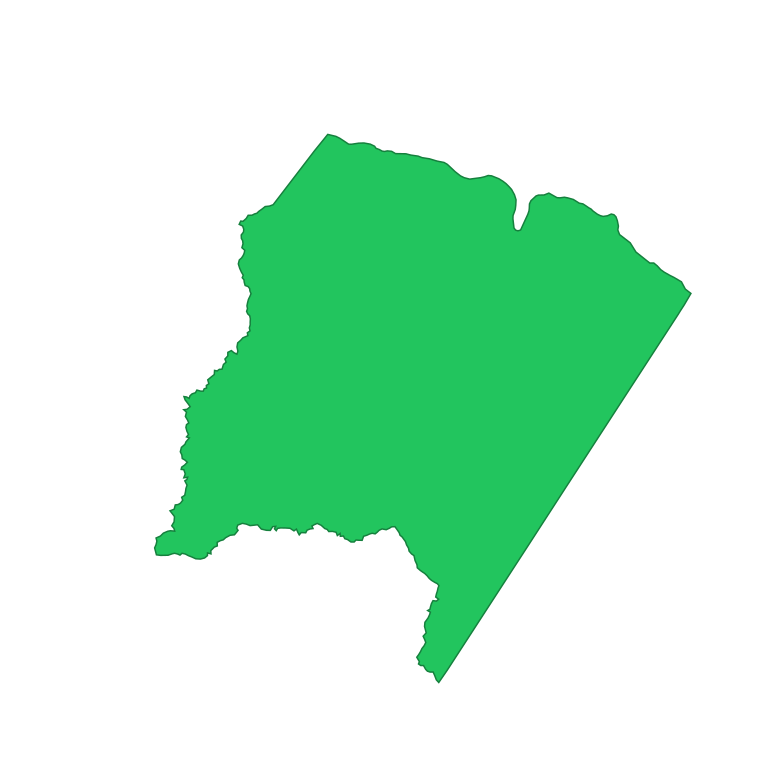 Planaltina, Goiás, Brazil, rotated 303°
{"feature_id": "56859067B53448313015769", "entity_name": "Planaltina", "entity_type": "district", "adm_level": 2, "iso_a3": "BRA", "parent_name": "Brazil", "parent_adm1": "Goiás", "projection": "mercator", "projection_center": [-47.833, -15.26], "detail": "fine", "context": "isolated", "style": "filled", "palette": "green", "viewbox_px": 768, "rotation_deg": 303, "n_neighbors": 0, "source": "geoboundaries", "source_scale": "gbopen_adm2", "svg_char_len": 4959}
<svg xmlns="http://www.w3.org/2000/svg" viewBox="0 0 768 768"><g transform="rotate(303 384 384)"><path d="M130.7,276.7L128.5,279.1L125.2,280.3L121.6,280.9L116.8,286.2L118.6,290.0L122.8,296.2L126.3,298.9L128.0,300.6L129.0,303.5L129.4,306.1L132.0,306.8L133.2,310.0L133.5,313.4L134.2,316.7L134.9,321.3L137.2,325.4L140.4,328.3L143.9,329.4L146.2,328.0L147.3,331.4L149.9,329.5L154.8,330.5L157.4,332.4L160.3,330.3L163.5,332.1L165.8,334.1L168.9,334.9L173.3,337.3L176.1,340.7L179.5,341.1L181.8,341.3L182.8,339.0L186.0,338.2L190.0,341.1L191.5,344.8L192.3,348.8L194.4,351.4L197.1,354.7L195.5,360.1L197.3,365.1L199.3,368.4L203.7,368.3L205.6,370.7L202.9,371.0L202.3,373.5L205.0,373.4L207.0,375.7L209.4,379.5L211.8,383.7L211.8,388.5L214.6,389.6L212.5,392.8L211.3,395.1L214.3,395.5L216.6,399.4L219.5,399.1L222.1,400.9L224.1,403.2L225.6,400.9L227.8,402.0L230.7,403.9L231.3,408.2L230.5,413.1L231.1,415.5L230.2,418.1L232.3,421.0L233.6,424.6L231.5,427.4L234.7,428.6L232.5,430.3L234.4,432.8L232.9,435.4L233.7,438.1L233.5,442.3L235.2,445.0L237.9,445.5L239.2,447.9L241.0,450.8L245.2,449.8L247.8,452.0L250.5,453.7L252.4,455.4L253.5,458.2L255.9,459.0L258.7,459.6L261.4,461.3L263.0,465.2L266.0,467.1L268.4,468.2L270.3,470.9L269.0,474.3L267.6,477.7L265.9,479.8L265.6,482.5L263.5,487.9L261.4,490.5L259.7,493.9L257.5,496.1L256.5,499.6L256.4,502.6L252.8,506.3L250.4,510.1L248.0,512.0L247.4,516.1L247.3,518.8L247.3,521.2L246.7,524.5L245.6,527.8L245.2,530.7L245.3,534.9L245.6,537.5L244.8,539.9L242.4,540.4L239.2,541.6L236.5,542.3L233.5,543.4L233.3,547.0L230.5,546.2L229.0,543.1L225.6,543.4L222.6,544.3L220.1,545.2L217.8,544.0L217.9,547.2L215.2,547.9L211.7,548.4L206.5,548.1L202.8,550.0L198.3,554.9L193.8,554.2L191.9,557.2L190.0,559.8L186.3,560.2L183.0,559.9L179.1,560.4L175.8,560.5L172.7,560.3L170.4,564.9L168.0,565.4L167.9,568.1L169.4,570.5L167.4,574.3L166.8,576.8L167.5,579.5L169.2,582.1L167.1,585.3L164.4,589.0L163.5,592.5L178.5,592.9L227.3,592.9L329.0,592.9L398.0,592.8L466.9,592.8L489.7,592.8L527.5,592.8L530.7,592.8L534.0,592.8L544.7,592.8L550.2,592.8L558.9,592.8L571.2,592.8L596.7,592.8L603.0,592.8L606.4,592.7L613.9,592.7L627.1,592.1L627.7,585.0L631.7,577.8L631.3,569.0L630.8,564.6L630.4,558.2L630.6,553.8L631.9,548.8L632.4,544.4L630.2,541.0L631.9,523.4L636.5,513.6L637.6,500.2L640.5,496.2L644.1,494.6L648.1,490.7L650.6,487.4L651.2,484.6L650.3,482.0L646.8,479.8L643.9,476.5L643.0,473.7L642.6,470.5L642.9,465.1L643.5,462.3L643.3,459.8L643.4,456.4L643.4,452.7L642.0,449.3L641.9,442.3L640.2,436.8L638.9,433.6L635.9,430.1L634.5,427.6L633.9,418.3L629.7,415.3L626.5,410.6L624.5,409.1L617.8,407.4L614.3,407.9L610.4,410.2L608.2,411.3L604.6,412.2L587.5,414.7L585.4,412.9L584.7,410.5L585.7,408.0L592.7,402.2L595.5,400.5L601.9,399.0L605.6,397.2L610.4,394.4L613.8,390.3L616.6,385.1L617.7,381.0L618.5,377.2L618.8,373.3L618.7,368.5L617.2,360.9L615.6,357.8L612.6,355.5L609.5,352.5L605.1,347.3L602.5,344.3L600.7,338.9L600.2,334.8L600.8,328.0L602.7,317.5L602.5,313.7L600.7,309.2L599.8,306.9L597.6,299.4L594.6,292.7L593.7,288.5L590.6,281.8L589.0,277.0L583.5,268.2L583.3,263.7L581.3,259.8L579.3,257.8L578.3,255.6L578.1,252.4L577.3,248.9L578.3,246.6L577.7,241.9L575.2,235.9L572.1,231.5L567.4,226.2L565.9,223.8L566.0,213.1L565.5,208.8L562.7,200.9L541.8,198.7L474.0,193.4L470.8,191.0L468.1,187.7L464.5,186.5L460.4,184.9L458.0,184.4L456.0,182.7L453.7,181.4L451.5,178.2L447.8,178.3L443.7,177.2L442.6,175.1L439.0,175.6L439.5,179.4L437.3,182.2L434.8,183.4L431.2,183.1L428.4,185.1L427.2,187.4L424.8,189.4L420.9,190.6L420.3,194.4L417.5,195.5L415.1,195.9L412.2,195.9L409.2,195.1L405.4,196.4L402.4,200.0L400.1,203.6L398.6,206.7L395.9,207.2L395.2,209.7L393.1,211.5L391.0,213.9L391.7,217.0L390.8,219.4L389.0,220.9L387.3,223.3L384.5,223.8L381.2,224.2L377.6,225.4L374.9,226.5L372.8,228.5L370.1,229.2L368.6,231.5L368.1,234.2L365.9,236.4L362.8,238.2L360.7,239.6L357.7,240.5L355.6,242.7L352.5,241.5L350.4,243.5L345.9,240.5L342.7,240.0L338.8,238.9L335.0,240.5L331.9,243.6L328.9,244.4L328.5,241.2L328.9,237.8L325.5,235.8L322.5,237.7L318.3,237.0L316.3,239.7L313.0,238.7L308.2,240.1L306.6,237.9L304.1,237.0L303.1,234.5L299.5,236.5L295.6,235.2L291.5,233.9L288.8,237.0L286.0,235.8L283.9,237.4L282.1,235.8L279.5,236.3L278.2,234.2L277.0,230.4L274.0,230.6L271.2,228.4L268.5,227.7L265.8,228.4L265.6,225.5L264.5,223.1L262.4,225.8L260.6,230.8L259.4,233.8L255.5,232.6L253.4,230.1L252.8,233.7L248.6,235.1L246.7,239.0L244.9,241.5L242.4,240.5L239.7,241.5L237.1,244.4L235.2,247.5L232.1,247.2L232.8,250.1L227.7,249.4L225.0,249.9L220.5,248.6L216.2,250.1L214.5,253.0L211.6,255.4L211.8,258.2L211.3,261.7L207.3,260.9L204.1,259.6L201.9,260.4L203.1,262.8L200.3,266.3L196.3,267.2L198.9,270.1L196.5,270.7L194.3,269.7L191.9,273.9L188.5,274.8L185.5,276.2L182.1,277.5L178.8,276.0L176.9,278.5L173.2,278.2L170.8,277.0L168.9,274.8L164.7,276.2L161.1,273.6L160.0,276.9L158.7,280.5L154.1,283.0L149.5,283.2L148.5,286.5L146.6,288.6L144.6,284.8L142.7,282.8L138.8,280.2L134.7,279.3L130.7,276.7Z" fill="#22c55e" stroke="#15803d" stroke-width="1.5"/></g></svg>